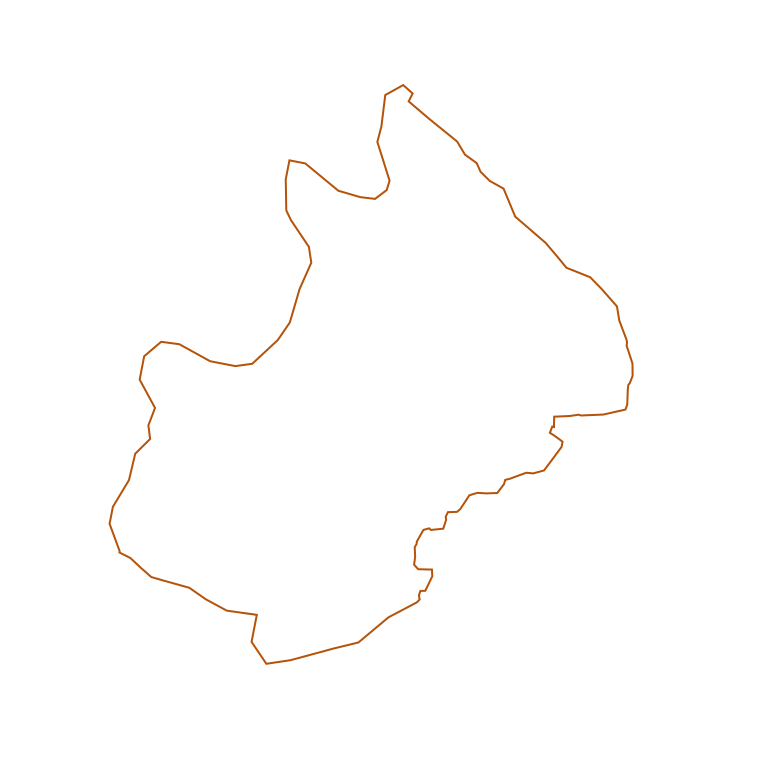 outline of Fen River, River Cess, Liberia, rotated 191°
{"feature_id": "62588387B6652087258063", "entity_name": "Fen River", "entity_type": "district", "adm_level": 2, "iso_a3": "LBR", "parent_name": "Liberia", "parent_adm1": "River Cess", "projection": "orthographic", "projection_center": [-9.654, 5.605], "detail": "fine", "context": "isolated", "style": "outline", "palette": "amber", "viewbox_px": 768, "rotation_deg": 191, "n_neighbors": 0, "source": "geoboundaries", "source_scale": "gbopen_adm2", "svg_char_len": 2000}
<svg xmlns="http://www.w3.org/2000/svg" viewBox="0 0 768 768"><g transform="rotate(191 384 384)"><path d="M611.5,168.1L599.8,164.8L588.0,157.4L575.6,150.1L562.4,148.9L536.2,146.8L517.7,138.6L495.0,131.5L464.8,133.1L464.8,105.6L446.1,86.9L423.2,95.0L403.0,104.9L383.5,114.5L359.8,125.4L335.1,155.8L317.2,170.2L310.0,176.0L307.9,179.3L309.4,183.1L308.8,187.8L304.0,188.9L299.9,204.4L301.5,211.0L315.1,208.7L320.0,212.4L320.2,216.4L320.4,219.4L320.4,220.1L322.7,229.7L321.5,233.0L321.7,235.6L318.2,246.1L317.4,248.3L312.2,250.9L310.1,249.7L298.2,253.3L297.1,262.7L298.1,265.4L296.8,270.4L294.7,270.9L287.9,272.4L285.3,275.7L283.8,279.4L283.5,280.0L279.0,291.0L275.3,293.0L274.6,293.4L271.4,295.0L262.3,296.2L261.2,296.5L252.0,298.6L247.1,308.6L246.7,313.0L241.6,315.4L239.6,316.7L227.5,324.0L220.6,324.7L214.6,327.6L210.4,329.7L207.2,336.3L206.9,336.9L197.7,356.1L197.7,361.4L201.1,363.1L208.3,366.4L211.9,367.7L211.7,368.6L210.7,374.3L208.9,374.2L209.3,376.2L210.7,384.4L196.1,387.9L195.3,388.1L187.1,391.0L184.5,390.7L162.7,395.9L161.4,396.5L142.1,405.0L141.3,410.2L143.6,424.9L144.0,429.8L142.9,431.7L141.5,439.5L144.0,451.5L150.2,462.7L153.1,467.7L153.3,470.9L154.4,473.8L160.9,484.3L165.2,491.3L170.1,504.6L188.1,518.5L201.9,528.1L227.1,532.9L237.3,541.4L244.3,547.0L252.3,553.4L287.1,573.3L303.9,598.6L318.9,603.5L329.7,610.7L335.1,618.5L348.3,624.6L358.5,636.0L390.3,652.9L413.7,666.1L411.3,674.6L422.2,681.1L437.9,667.9L435.7,636.5L436.7,620.3L434.5,616.3L417.3,584.6L418.4,574.8L425.0,567.5L428.1,564.0L443.1,562.9L454.8,564.0L465.7,565.0L503.4,585.5L519.5,585.5L519.5,566.0L517.6,557.3L513.7,538.8L513.0,535.7L506.6,527.1L486.6,507.0L483.9,504.3L478.5,489.2L485.0,461.0L485.4,456.7L487.6,432.6L488.2,426.4L496.7,406.8L517.2,378.7L533.3,373.2L559.1,373.2L592.5,384.0L610.8,382.9L616.0,376.4L624.7,365.5L624.7,341.7L604.2,316.8L607.4,298.4L603.1,285.4L614.9,268.1L616.0,241.0L618.2,235.0L626.7,211.7L626.7,194.4L611.6,169.5L611.5,168.1Z" fill="none" stroke="#b45309" stroke-width="2"/></g></svg>